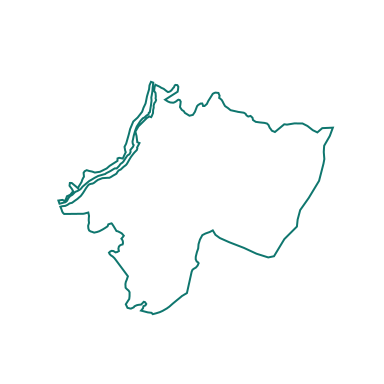 Markz Samalut, Al Minya, Egypt, rotated 214°
{"feature_id": "37247803B46419468197970", "entity_name": "Markz Samalut", "entity_type": "district", "adm_level": 2, "iso_a3": "EGY", "parent_name": "Egypt", "parent_adm1": "Al Minya", "projection": "orthographic", "projection_center": [30.711, 28.284], "detail": "fine", "context": "isolated", "style": "outline", "palette": "teal", "viewbox_px": 384, "rotation_deg": 214, "n_neighbors": 0, "source": "geoboundaries", "source_scale": "gbopen_adm2", "svg_char_len": 5717}
<svg xmlns="http://www.w3.org/2000/svg" viewBox="0 0 384 384"><g transform="rotate(214 192 192)"><path d="M282.3,260.4L281.8,258.3L280.6,255.9L279.9,254.6L277.6,253.7L275.4,250.9L274.5,249.2L273.2,248.2L272.8,246.4L272.9,244.6L272.1,242.1L270.9,240.5L270.0,238.1L268.5,235.7L267.8,232.4L267.7,231.3L267.7,231.2L269.6,230.8L270.8,228.1L273.1,216.5L272.7,210.4L269.3,207.4L265.2,202.7L262.9,203.2L262.7,201.5L262.5,199.2L262.4,198.2L261.7,197.6L261.2,195.9L261.8,192.7L262.0,190.8L262.2,187.4L262.2,186.4L262.0,183.0L261.8,180.5L261.7,178.5L261.9,177.2L262.8,174.6L263.6,171.1L263.6,170.9L264.8,168.9L265.0,167.1L264.9,165.0L265.3,164.0L266.6,161.4L267.6,159.1L268.5,157.5L270.0,156.5L272.3,154.7L274.0,153.4L275.2,151.7L276.8,149.4L277.7,146.9L278.3,144.9L279.1,143.4L279.9,142.7L281.4,141.0L281.9,139.3L281.9,138.7L282.0,135.9L281.9,133.6L281.8,130.4L281.9,127.7L282.0,126.4L282.5,124.6L283.1,122.2L284.2,119.4L285.4,116.0L287.1,114.1L288.1,111.6L289.3,109.6L291.6,107.7L292.9,106.2L290.9,104.9L289.5,103.9L289.1,103.5L287.5,102.6L285.7,102.3L284.1,103.4L271.2,112.3L269.9,113.2L269.4,113.7L268.9,114.2L267.9,115.4L266.5,117.0L264.0,114.6L263.1,112.9L261.8,110.8L260.1,108.8L259.2,105.9L257.5,103.8L255.8,102.6L254.1,102.6L252.5,103.1L250.4,103.6L248.8,105.3L248.3,105.8L246.8,107.8L245.2,110.8L244.0,113.4L242.8,116.3L243.3,118.4L242.2,119.8L241.2,121.0L240.8,121.0L237.9,119.8L235.3,118.6L232.8,117.4L231.6,117.9L228.7,118.3L227.0,118.4L224.1,117.6L224.1,117.0L224.1,116.4L224.4,113.8L223.2,113.4L221.9,112.6L220.6,111.0L220.2,109.7L221.0,108.9L221.8,107.6L222.1,105.9L221.3,103.8L219.6,102.2L220.4,100.5L221.6,99.2L224.1,99.1L225.7,98.3L226.5,97.0L226.8,95.6L226.9,95.3L225.6,94.5L223.6,94.1L221.9,94.2L219.4,93.8L217.3,93.1L202.8,88.0L200.0,87.0L198.0,86.3L197.0,82.6L196.6,80.5L195.7,78.4L193.5,75.5L191.9,75.1L189.4,74.8L188.3,74.3L187.7,74.0L185.5,70.7L184.2,68.2L184.2,66.5L184.2,66.2L184.2,65.9L184.1,61.9L180.7,59.9L178.2,60.8L177.4,61.2L175.8,63.8L175.8,65.0L174.6,67.1L173.4,68.4L171.3,70.2L171.0,71.4L170.6,74.0L169.4,74.4L167.3,73.6L167.2,71.9L168.4,70.2L167.6,68.2L167.9,65.2L161.3,67.5L158.0,69.2L156.2,68.8L153.9,71.4L151.5,74.4L149.9,77.0L147.6,81.7L147.5,82.1L146.7,84.2L145.5,88.8L144.0,93.9L143.2,96.5L142.1,100.3L139.7,105.4L147.7,125.7L148.1,127.8L147.9,128.4L147.7,129.1L146.5,131.6L146.2,134.2L146.7,136.7L147.9,137.1L149.2,137.0L151.3,138.3L152.6,140.3L153.4,142.4L154.3,144.9L155.3,148.7L157.4,152.4L158.8,157.0L159.3,162.0L157.7,165.0L154.9,168.8L153.3,171.8L148.6,169.6L143.2,169.4L133.0,171.2L117.7,174.7L104.0,176.9L92.2,180.4L88.1,184.6L89.1,204.6L85.7,222.0L89.0,228.2L92.2,237.5L92.1,242.7L91.9,252.4L92.9,272.3L98.8,288.9L100.7,293.3L105.1,298.8L107.0,302.0L108.3,304.3L109.1,315.5L111.2,324.1L119.7,317.8L121.4,311.5L126.4,310.8L133.2,311.3L138.7,310.6L145.5,306.1L150.9,301.0L153.4,299.7L156.8,288.1L157.3,288.0L157.6,288.0L159.3,287.6L160.1,287.5L162.2,288.3L163.5,288.7L166.0,290.3L168.1,290.7L170.6,289.8L174.7,287.6L178.4,285.8L181.7,285.8L183.4,287.4L186.0,287.8L187.6,286.0L189.7,286.0L191.3,286.8L193.4,286.7L198.8,284.1L199.4,283.9L205.8,281.4L209.1,281.7L212.5,281.7L213.1,281.9L215.8,283.3L217.1,284.1L218.0,284.5L218.8,284.9L220.9,285.2L222.1,285.2L223.0,287.3L224.3,288.1L225.5,288.9L227.6,287.8L228.0,287.6L228.8,286.7L229.7,285.0L229.6,282.9L229.5,280.4L229.4,276.6L228.9,273.3L229.7,270.3L230.9,269.5L231.8,270.3L233.0,271.1L234.3,270.2L235.5,267.7L235.8,266.0L235.4,264.3L234.4,260.1L234.4,257.2L234.4,256.4L236.8,253.8L237.2,253.8L242.2,253.6L243.9,254.4L246.4,254.4L249.3,255.6L249.6,256.0L250.6,258.1L251.9,260.6L253.6,261.4L254.9,260.9L255.3,260.1L255.5,259.3L256.0,257.9L256.4,257.1L257.2,255.8L257.7,255.4L260.1,254.1L260.5,254.0L262.2,253.6L264.3,253.5L265.9,253.5L260.0,267.1L260.9,269.2L262.2,271.6L263.9,272.4L265.5,271.6L265.9,270.7L265.5,268.6L265.8,267.4L265.8,265.7L266.2,263.6L267.0,262.3L267.8,261.4L269.5,261.4L273.2,261.7L275.3,261.3L276.1,261.2L277.7,261.2L281.4,260.6L282.2,260.4L282.3,260.4ZM287.6,260.4L286.9,256.7L285.0,253.1L282.8,246.1L281.4,242.8L280.0,239.4L279.3,234.7L278.2,230.6L278.7,223.3L280.1,217.6L278.5,209.6L276.7,204.7L273.6,195.2L273.2,191.7L270.5,188.9L269.2,188.0L268.8,185.4L268.6,183.9L268.3,182.6L268.2,181.0L271.5,179.6L272.5,178.2L271.2,176.1L274.9,167.6L275.9,163.8L279.6,157.3L282.0,155.1L283.4,153.8L286.2,153.1L289.1,151.9L291.5,151.2L292.6,149.2L292.6,147.3L291.2,145.6L290.1,144.2L290.1,142.9L289.8,140.8L289.2,138.7L289.0,135.2L289.0,133.2L288.5,131.3L291.5,131.7L296.7,132.2L296.9,132.1L298.1,131.4L298.3,131.2L297.1,128.8L296.9,128.6L293.4,127.4L291.0,126.2L291.4,121.6L293.3,118.5L292.9,117.1L292.3,114.2L292.4,113.3L293.3,113.3L295.0,113.0L298.0,110.2L295.3,108.2L293.0,110.8L291.2,112.8L290.7,114.6L290.7,115.2L290.9,116.7L291.0,118.5L290.7,120.5L289.6,122.8L289.3,124.4L289.0,126.2L288.4,127.6L287.6,128.6L287.1,129.6L286.3,131.3L285.9,132.7L285.7,135.2L284.4,140.0L283.3,143.8L282.4,145.5L280.7,149.2L278.7,152.9L276.9,155.0L276.5,155.5L274.9,157.4L274.0,158.4L273.7,159.4L273.2,160.4L272.0,162.5L271.0,164.5L269.8,167.2L269.2,168.4L267.6,169.5L267.4,170.6L267.0,172.9L267.0,174.7L266.8,175.8L266.2,177.2L265.9,178.9L266.0,184.8L265.9,186.4L265.4,187.3L265.1,188.1L265.0,188.9L265.3,190.8L266.6,192.4L266.3,195.3L266.2,196.5L266.6,198.3L267.6,198.6L268.6,199.4L269.6,200.7L270.4,202.8L271.7,205.9L273.2,210.4L273.8,212.6L274.4,215.4L274.5,220.3L274.5,222.2L274.0,225.6L273.1,227.2L272.4,230.2L271.8,231.2L271.6,232.6L271.9,233.1L272.1,233.4L272.1,233.7L271.6,234.6L273.0,237.6L274.7,241.3L276.6,245.0L276.8,245.3L277.1,245.7L278.6,247.6L279.3,249.3L280.2,251.3L280.8,252.6L281.3,253.6L282.2,255.2L282.9,256.4L283.6,257.8L285.3,261.0L287.6,260.4Z" fill="none" stroke="#0f766e" stroke-width="2"/></g></svg>